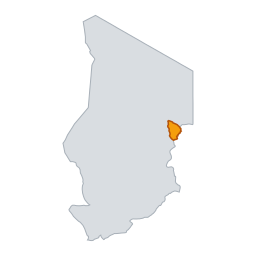 location of Kobé, Wadi Fira, Chad
{"feature_id": "50815135B20529104749764", "entity_name": "Kobé", "entity_type": "district", "adm_level": 2, "iso_a3": "TCD", "parent_name": "Chad", "parent_adm1": "Wadi Fira", "projection": "robinson", "projection_center": [22.719, 15.288], "detail": "fine", "context": "in_parent", "style": "filled", "palette": "amber", "viewbox_px": 256, "rotation_deg": 0, "n_neighbors": 0, "source": "geoboundaries", "source_scale": "gbopen_adm2", "svg_char_len": 4853}
<svg xmlns="http://www.w3.org/2000/svg" viewBox="0 0 256 256"><path d="M192.9,71.1L192.9,77.4L192.9,83.6L192.9,89.9L192.9,96.2L193.0,102.5L193.0,108.8L193.0,115.1L193.0,121.4L193.0,123.5L192.9,124.3L192.6,124.6L189.6,124.0L188.3,124.0L186.5,124.4L183.9,124.7L182.2,124.6L181.0,125.7L180.1,127.0L180.5,130.1L180.4,131.1L180.1,132.2L179.3,133.1L178.5,133.9L178.0,134.5L177.4,135.9L176.9,136.6L177.0,137.5L176.8,138.4L176.4,138.9L175.1,139.3L174.3,139.7L173.7,140.3L173.3,140.8L173.5,141.5L173.8,142.4L174.0,143.8L174.1,144.6L174.7,145.3L175.1,145.7L175.2,146.3L174.9,146.8L173.3,147.8L172.7,148.2L172.1,148.7L171.8,148.9L170.7,149.9L170.1,150.7L169.9,151.4L169.9,152.4L170.4,153.9L171.0,155.1L171.3,156.1L171.4,157.1L171.4,158.1L171.1,158.9L170.5,159.7L168.4,161.1L167.4,162.7L166.6,164.6L166.4,165.7L166.6,166.4L167.0,166.9L167.7,167.2L168.5,167.3L170.0,167.0L171.4,166.8L172.9,167.5L173.7,169.1L173.4,170.3L173.9,172.4L174.4,175.0L174.4,175.9L174.6,176.2L175.5,176.3L175.7,177.0L175.4,181.5L175.8,182.7L176.5,183.6L177.2,184.1L177.9,184.7L178.2,185.1L179.0,185.2L180.0,186.1L180.2,187.1L180.1,188.2L179.6,190.5L179.2,192.1L178.7,191.9L177.6,191.6L176.3,191.2L174.6,191.0L173.1,191.6L171.4,192.4L170.9,193.0L170.5,193.4L169.7,193.3L169.1,193.4L168.7,194.0L168.1,194.6L165.7,196.0L165.2,196.4L164.9,196.9L164.9,197.4L165.1,198.5L165.1,199.9L164.6,200.9L164.0,201.7L163.3,201.9L162.7,202.1L162.3,202.5L161.0,205.0L160.5,205.5L159.4,205.4L156.2,209.1L155.9,210.2L154.8,211.7L153.3,213.4L152.0,214.2L151.9,214.6L151.5,214.9L150.7,215.3L147.9,217.3L144.6,217.3L143.1,218.1L141.7,218.4L139.6,218.8L138.9,218.8L136.2,219.0L133.1,218.9L131.9,219.2L130.7,220.0L129.9,220.7L129.8,220.9L129.9,221.2L129.9,221.4L132.1,223.1L132.6,224.0L132.1,224.8L131.8,224.9L131.8,225.0L131.4,225.6L130.1,227.5L128.1,229.8L127.1,230.4L126.7,230.9L126.2,232.4L125.8,232.6L124.5,232.8L121.8,233.0L118.1,233.4L115.9,233.6L114.5,233.5L112.5,234.5L111.8,234.8L111.4,234.9L109.5,235.9L107.9,237.4L107.3,237.7L105.0,238.4L104.1,239.5L103.7,239.6L102.3,238.2L101.3,236.9L100.8,235.6L100.8,235.1L100.5,235.2L99.7,235.8L99.0,236.4L98.7,237.7L96.3,238.6L94.3,239.3L93.4,240.2L92.0,240.6L90.2,240.5L88.9,240.1L87.5,240.0L88.2,238.8L88.4,238.0L88.5,236.9L88.4,236.2L87.6,235.9L87.1,235.3L85.9,232.1L84.7,228.7L83.0,225.4L81.2,223.3L79.9,222.0L79.5,221.8L78.8,221.4L78.3,221.0L75.9,218.8L73.4,216.3L72.7,215.1L71.5,213.4L70.0,211.6L69.3,210.8L69.0,209.4L70.0,208.1L71.0,206.4L72.3,205.3L74.0,205.2L76.7,205.7L79.6,205.8L82.6,205.5L83.3,205.3L84.1,205.3L85.7,205.7L88.4,205.6L89.8,204.9L88.3,203.8L86.7,202.0L85.1,200.0L84.2,198.2L83.4,195.9L82.6,193.0L82.2,189.3L82.3,187.2L82.5,185.7L83.4,183.3L82.8,181.9L83.0,180.7L82.9,179.0L82.6,178.1L81.6,175.3L81.4,175.0L80.4,173.0L80.1,169.7L79.0,167.6L77.3,166.5L76.4,165.2L76.0,163.0L75.3,162.4L72.7,161.6L70.4,161.6L68.8,159.1L66.8,155.8L64.9,152.8L63.7,146.7L63.0,143.2L63.8,142.2L65.4,139.7L67.5,135.0L72.2,127.7L74.5,123.9L79.3,118.3L85.1,111.4L88.3,107.6L88.9,100.5L89.5,93.1L90.0,87.4L90.6,80.7L91.1,75.1L91.4,71.1L91.9,65.3L92.3,64.2L94.6,59.7L94.8,59.1L94.4,58.3L91.2,54.5L90.3,53.6L89.7,51.6L90.5,50.5L86.8,44.0L85.9,43.3L85.4,42.5L85.4,41.3L85.4,36.8L84.5,29.8L83.2,21.7L87.7,19.4L91.2,17.6L95.5,15.4L99.5,17.7L105.3,21.0L111.1,24.3L116.9,27.7L122.7,31.0L128.6,34.4L134.4,37.7L140.2,41.0L146.0,44.4L151.9,47.7L157.7,51.0L163.6,54.4L169.4,57.7L175.3,61.0L181.1,64.4L187.0,67.7L192.9,71.1Z" fill="#d9dde1" stroke="#a8b0b8" stroke-width="1"/><path d="M173.6,140.2L173.8,140.1L174.0,140.1L174.3,139.8L174.5,139.7L174.9,139.5L175.0,139.5L175.7,139.5L177.3,138.8L177.4,138.5L177.3,138.4L177.0,137.4L176.8,137.0L176.8,136.9L176.7,136.7L176.8,136.6L176.9,136.4L177.0,136.2L177.3,136.0L177.3,135.9L177.5,135.9L177.9,135.8L177.9,135.7L177.8,135.3L177.8,135.2L177.8,134.9L178.0,134.8L178.0,134.7L178.4,134.4L178.5,134.2L178.7,133.9L178.8,133.9L179.0,133.8L179.2,133.6L179.2,133.4L179.3,133.4L179.5,133.2L179.8,133.2L180.0,133.1L180.1,132.9L180.1,132.7L180.0,132.4L180.1,132.1L180.3,132.0L180.4,131.9L180.6,131.8L180.6,131.7L180.7,131.4L180.8,131.3L181.0,131.2L180.9,131.1L180.7,130.9L180.7,130.7L180.8,130.7L180.8,130.4L180.9,130.2L181.0,130.1L180.9,129.9L180.8,129.4L180.8,129.0L180.8,128.9L180.8,128.6L180.7,128.6L180.5,128.4L180.4,128.3L180.3,128.2L180.2,128.1L180.0,127.9L179.9,127.6L179.5,127.0L178.8,126.2L178.4,125.9L178.1,125.7L177.8,125.3L177.2,124.7L176.2,124.2L174.8,123.6L174.2,123.3L173.1,123.0L172.6,122.1L171.6,121.6L170.8,121.4L170.5,121.2L169.5,120.9L169.4,120.9L168.8,120.6L168.4,120.9L167.9,121.2L168.2,121.9L168.3,123.8L168.4,124.6L168.0,125.3L167.7,126.1L167.8,126.4L167.9,127.0L168.6,127.9L169.2,128.9L169.1,129.8L169.0,130.9L169.5,131.9L170.0,133.3L170.0,134.5L169.5,135.8L169.7,136.1L170.1,136.8L171.1,138.3L171.5,138.8L172.3,139.4L172.9,139.8L173.5,140.2L173.6,140.2Z" fill="#f59e0b" stroke="#b45309" stroke-width="1.5"/></svg>